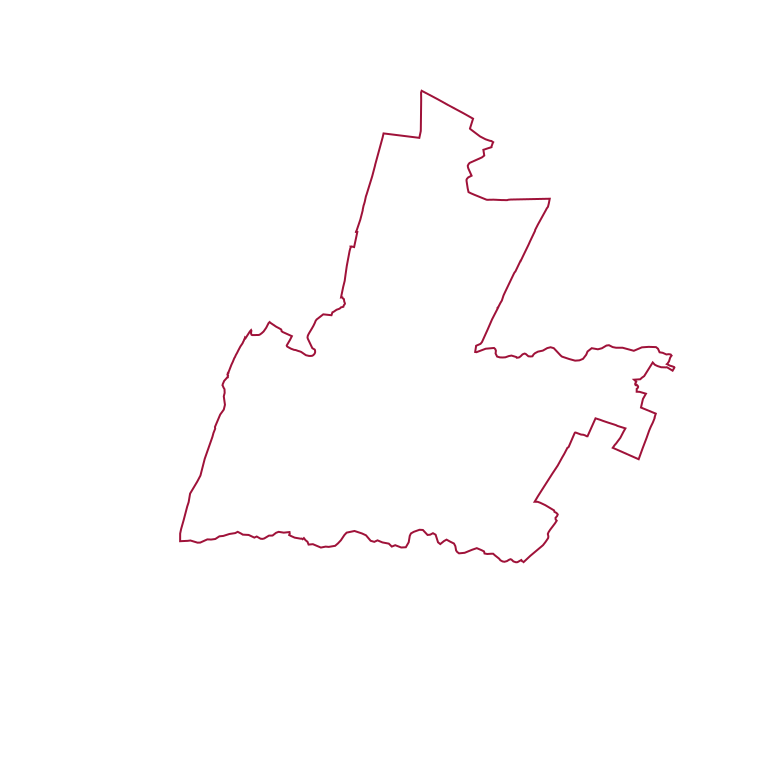 Bucsani, Dâmbovita, Romania, rotated 147°
{"feature_id": "2599482B69669655594172", "entity_name": "Bucsani", "entity_type": "district", "adm_level": 2, "iso_a3": "ROU", "parent_name": "Romania", "parent_adm1": "Dâmbovita", "projection": "natural_earth1", "projection_center": [25.633, 44.864], "detail": "fine", "context": "isolated", "style": "outline", "palette": "rose", "viewbox_px": 768, "rotation_deg": 147, "n_neighbors": 0, "source": "geoboundaries", "source_scale": "gbopen_adm2", "svg_char_len": 6154}
<svg xmlns="http://www.w3.org/2000/svg" viewBox="0 0 768 768"><g transform="rotate(147 384 384)"><path d="M192.7,609.4L194.2,608.2L194.7,607.4L198.1,602.0L214.7,577.1L215.5,576.0L220.3,571.2L247.9,594.4L250.9,591.5L272.1,572.6L272.2,572.4L280.8,564.6L295.3,552.5L297.0,551.2L300.9,547.3L303.2,545.3L303.7,545.0L306.8,541.9L307.3,541.2L314.4,534.7L323.5,527.5L324.3,527.2L324.7,526.8L323.6,526.0L334.5,515.1L336.3,517.0L337.2,517.5L337.5,516.6L338.3,516.2L340.4,514.3L350.9,503.3L356.5,496.9L360.8,491.9L365.3,487.7L372.8,480.1L372.1,479.9L371.7,479.3L372.0,478.5L371.4,477.0L372.4,474.9L372.9,472.8L373.7,472.2L374.6,472.0L375.5,471.4L376.0,470.9L378.4,471.7L379.8,471.4L380.9,471.5L383.3,472.1L387.0,472.0L388.2,472.2L390.6,470.3L397.0,475.5L405.4,474.8L407.1,474.1L408.6,473.0L411.4,471.3L414.1,469.9L419.2,467.4L420.8,466.5L421.7,465.9L422.8,464.7L423.2,463.6L424.6,453.1L423.4,450.7L423.4,450.2L423.7,449.4L424.4,448.2L425.4,447.4L426.3,447.0L427.8,446.7L428.9,446.8L430.1,447.4L431.6,448.4L433.8,450.7L436.0,456.0L437.1,457.5L437.7,458.1L439.6,460.6L440.8,461.6L442.8,464.3L444.2,466.9L444.8,468.2L444.8,468.7L444.6,469.3L438.8,472.2L435.2,474.3L440.8,483.0L441.1,484.2L440.7,484.9L440.6,485.9L441.9,488.4L443.2,490.7L446.2,497.8L446.2,498.2L447.0,498.1L447.7,497.9L452.2,495.3L456.4,493.6L458.9,493.2L460.7,493.1L461.6,493.1L462.6,493.5L466.8,496.1L467.9,496.8L468.2,497.3L468.3,497.6L467.8,499.2L466.2,500.9L466.1,501.6L467.9,501.1L475.2,497.8L475.3,498.6L475.9,498.1L477.1,497.4L477.8,496.8L479.4,495.9L480.4,495.2L484.0,493.7L488.1,491.4L490.1,490.2L492.6,488.9L494.4,487.7L495.5,487.2L498.8,484.9L501.4,483.3L506.8,479.4L508.1,478.6L508.8,478.3L508.6,477.9L509.7,477.4L510.2,477.1L510.1,476.3L510.2,476.0L510.6,475.9L510.9,475.6L511.1,474.8L511.5,474.6L512.4,474.8L513.6,474.4L516.3,473.7L519.3,471.7L520.2,470.8L520.2,469.8L520.5,468.7L520.6,466.5L522.5,463.3L525.1,460.9L528.7,453.2L532.3,449.8L538.0,447.6L549.2,440.0L549.9,438.5L553.7,435.8L556.7,433.1L575.1,418.9L587.8,407.2L593.7,403.9L606.3,397.7L612.2,391.3L615.8,388.4L626.1,379.0L633.1,372.9L636.4,369.6L640.6,363.2L634.1,359.4L631.6,358.2L626.8,352.5L624.5,351.1L616.8,349.9L613.7,347.7L609.9,345.9L605.0,345.9L601.5,344.1L595.3,342.4L590.0,340.0L587.2,339.7L585.1,336.0L584.5,334.6L579.7,331.1L576.4,325.8L573.8,325.4L571.8,321.5L570.3,320.3L568.6,319.7L563.1,319.5L560.0,317.6L555.6,318.0L552.9,317.4L549.0,313.9L543.9,311.3L544.6,309.8L545.8,309.0L544.8,307.2L542.6,303.8L538.3,299.8L537.3,299.2L536.8,298.1L535.1,298.4L534.9,295.8L534.1,293.4L534.7,290.4L530.9,288.4L526.0,281.2L521.5,279.4L519.1,277.5L513.1,274.9L509.4,275.4L505.3,276.4L499.5,278.9L496.3,279.7L488.8,276.8L483.9,270.7L481.5,266.9L480.6,259.8L478.1,256.9L474.6,256.4L471.6,252.0L466.9,247.5L466.0,243.4L462.4,242.7L458.6,237.5L454.6,235.2L449.5,237.8L445.1,242.6L442.8,244.0L439.5,243.8L433.6,242.4L430.9,240.4L429.7,233.7L427.4,232.5L424.2,232.2L422.8,229.5L424.9,221.8L424.0,219.1L419.2,219.6L416.3,219.4L414.4,215.8L412.2,212.1L412.5,209.1L414.2,205.1L414.1,203.2L413.3,201.1L408.3,198.5L400.4,197.0L395.6,195.8L392.8,191.7L391.3,189.1L392.0,187.1L390.0,185.2L386.6,183.3L384.9,182.2L384.3,179.9L382.6,174.9L382.4,172.8L381.2,170.6L379.8,169.3L377.3,168.5L375.1,168.5L373.4,168.2L372.7,167.3L372.1,164.7L370.4,162.6L369.1,161.9L364.7,161.6L364.7,160.2L364.0,159.1L363.9,158.6L354.9,160.2L338.5,162.2L334.7,163.5L330.4,165.3L329.5,166.2L329.0,167.0L328.3,169.0L326.7,170.1L324.0,171.3L316.5,174.0L313.6,175.3L313.8,176.9L313.1,178.3L310.7,179.0L309.3,180.0L309.6,182.0L310.7,184.0L310.2,185.3L314.7,194.5L317.7,199.4L319.3,201.5L321.8,203.2L316.3,205.9L310.0,208.8L291.7,217.1L282.7,221.0L274.3,225.5L271.1,227.1L264.9,230.6L263.9,230.5L263.3,230.7L252.2,238.1L251.0,238.9L250.3,239.2L249.8,239.0L249.4,238.5L246.3,234.3L244.4,232.8L243.2,231.2L242.4,229.7L241.8,229.3L241.5,229.5L225.3,240.0L222.1,236.1L220.5,233.9L217.1,229.6L213.0,224.6L211.6,222.8L211.1,221.8L205.7,215.3L209.2,213.5L215.2,210.1L219.1,208.7L221.7,207.7L223.7,207.2L226.9,205.9L211.4,182.2L202.0,189.3L193.1,195.8L187.0,200.5L183.3,203.0L179.6,205.2L175.5,208.1L175.3,208.3L175.3,208.6L172.2,211.1L181.3,224.3L175.0,230.4L169.6,233.2L173.9,238.2L176.3,239.9L174.7,242.3L173.7,242.4L172.7,242.9L172.2,243.6L172.3,244.8L172.5,245.7L173.3,245.6L173.6,246.2L173.5,246.9L173.0,247.6L172.1,248.1L171.2,248.5L171.9,251.4L166.5,248.4L164.4,248.8L161.5,248.9L146.9,255.7L146.4,252.7L145.6,251.3L144.7,249.9L142.4,247.1L138.4,244.3L137.8,244.1L137.4,243.6L134.7,238.0L131.5,239.6L131.4,240.1L132.3,241.4L134.3,243.8L135.9,246.6L135.1,246.7L132.6,247.8L129.7,250.2L127.6,251.2L127.4,251.2L127.5,252.6L128.9,253.9L131.1,255.0L133.3,258.4L135.6,260.5L135.0,264.4L135.8,266.8L141.8,271.0L147.8,274.3L156.4,275.8L164.1,284.4L169.6,288.0L172.1,290.4L174.2,294.0L176.5,295.1L181.8,295.3L185.7,296.6L190.3,300.9L195.6,300.4L198.5,298.4L203.4,296.7L207.2,297.4L211.0,299.5L215.0,304.0L219.8,310.0L220.3,311.6L222.1,321.6L224.3,324.1L227.5,325.2L232.6,325.5L237.3,327.3L240.6,327.6L242.5,327.3L244.4,326.4L246.0,327.2L247.8,328.6L248.8,332.1L249.6,333.0L251.7,333.4L254.0,332.9L256.0,332.7L257.4,333.2L258.4,333.8L258.3,334.5L261.6,338.4L264.0,339.4L267.7,340.3L270.0,341.6L272.3,343.2L274.2,345.4L273.8,348.8L272.0,351.0L271.7,352.7L272.1,354.3L279.5,358.2L289.1,360.3L290.1,361.2L285.9,365.9L281.2,365.1L279.0,365.8L267.3,373.3L258.1,379.4L246.9,385.8L247.1,386.1L245.7,386.6L242.2,388.6L239.7,389.8L235.5,393.2L232.3,395.2L215.8,405.3L213.9,406.4L212.5,406.8L202.5,412.9L202.4,412.7L197.5,415.7L186.9,422.1L183.5,424.3L173.9,430.2L173.3,430.9L168.1,433.9L153.1,441.9L151.9,442.6L150.0,443.3L147.5,445.6L144.1,449.1L177.3,469.7L179.4,470.8L180.5,471.1L184.6,473.8L191.7,478.9L197.0,482.2L197.7,482.8L205.1,493.4L207.3,496.7L208.6,498.9L207.3,502.4L204.1,509.5L203.5,510.4L202.7,510.9L200.8,511.4L197.1,511.0L195.9,518.7L195.5,520.1L194.9,521.4L193.4,522.3L191.8,522.8L178.4,520.7L175.5,521.0L173.1,526.3L164.8,524.1L164.3,524.8L163.1,525.7L161.8,526.7L160.7,527.3L161.6,529.3L162.8,530.4L165.6,534.0L168.6,539.3L172.8,550.9L172.8,551.4L164.8,558.0L169.8,567.6L178.4,583.2L184.0,593.8L192.7,609.4Z" fill="none" stroke="#9f1239" stroke-width="2"/></g></svg>